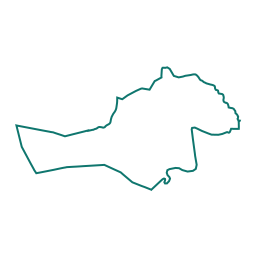 Sharg An Neel, Khartoum, Sudan, rotated 181°
{"feature_id": "16777658B39366456594232", "entity_name": "Sharg An Neel", "entity_type": "district", "adm_level": 2, "iso_a3": "SDN", "parent_name": "Sudan", "parent_adm1": "Khartoum", "projection": "orthographic", "projection_center": [33.17, 15.691], "detail": "fine", "context": "isolated", "style": "outline", "palette": "teal", "viewbox_px": 256, "rotation_deg": 181, "n_neighbors": 0, "source": "geoboundaries", "source_scale": "gbopen_adm2", "svg_char_len": 3037}
<svg xmlns="http://www.w3.org/2000/svg" viewBox="0 0 256 256"><g transform="rotate(181 128 128)"><path d="M239.6,128.6L233.9,107.3L230.5,101.2L224.7,90.8L221.6,85.4L221.4,85.0L221.1,84.4L218.9,81.2L215.0,82.0L201.5,84.9L194.6,86.5L192.3,87.0L190.8,87.3L189.7,87.5L188.5,87.8L177.7,88.6L176.4,88.7L172.9,89.0L151.0,90.7L141.2,86.4L134.5,83.5L131.9,81.3L125.4,76.0L122.7,73.8L113.2,70.2L110.2,69.2L108.1,68.4L106.5,67.8L104.4,67.0L104.1,66.9L103.7,66.8L103.6,66.7L93.6,76.4L92.5,77.4L91.1,78.1L90.1,77.7L90.0,77.1L90.1,76.1L90.7,74.4L90.0,73.2L88.1,73.3L86.0,75.6L85.1,78.1L85.8,79.7L87.6,81.5L88.5,83.9L87.9,86.5L85.8,87.6L79.8,88.9L76.2,88.7L73.0,86.9L67.7,85.5L62.3,86.3L59.5,88.3L58.7,92.4L60.4,101.3L60.7,103.6L62.9,118.0L64.3,127.8L63.9,129.2L61.2,129.6L58.6,128.5L53.9,126.3L47.5,123.9L44.9,123.0L44.2,122.8L43.3,122.8L37.6,122.8L33.6,123.7L30.0,125.2L29.5,125.4L28.9,125.6L28.3,125.5L27.4,125.1L26.9,125.1L26.1,125.8L25.7,126.8L25.3,127.8L24.9,129.0L24.0,129.0L23.3,129.0L22.2,129.0L18.8,129.0L17.2,129.1L17.2,131.4L17.3,133.4L17.3,134.8L17.5,136.5L16.6,136.8L16.4,137.3L17.4,137.4L18.2,138.1L18.6,139.1L18.2,139.8L18.1,141.3L18.4,141.6L18.5,142.2L19.1,143.1L19.4,143.5L19.9,144.0L20.5,144.4L20.8,144.7L20.9,145.9L21.1,146.9L21.7,147.6L22.3,148.5L22.7,149.0L23.9,149.6L25.2,149.8L25.9,149.9L27.7,150.3L27.8,151.0L28.0,151.9L28.4,153.1L28.8,154.0L29.6,154.7L30.0,154.9L30.5,154.8L31.1,155.1L31.5,155.3L31.9,155.4L32.3,155.7L32.7,156.1L33.0,157.0L33.1,157.8L33.0,158.4L32.9,159.0L32.8,159.5L32.8,160.0L32.8,160.5L32.9,161.0L33.1,161.6L33.2,162.0L33.3,162.5L33.6,163.0L34.3,163.4L34.4,163.5L34.5,163.6L37.8,164.1L38.3,165.0L38.5,166.3L38.7,167.0L39.3,167.3L40.9,167.7L41.3,168.4L41.7,169.3L41.7,169.9L41.8,170.4L41.9,170.7L41.9,171.1L42.3,171.6L43.0,172.0L43.9,172.4L45.1,172.7L45.8,172.8L47.1,173.1L48.1,173.4L49.7,173.8L50.4,174.0L51.0,174.3L51.3,174.5L51.8,174.7L53.0,175.2L53.5,175.6L54.0,176.0L54.3,176.3L55.2,176.8L55.6,176.9L56.0,177.0L56.6,177.4L57.0,177.9L57.4,178.5L58.0,179.4L58.3,179.9L59.8,181.6L61.3,182.7L62.9,182.8L64.3,182.6L66.2,182.1L69.1,181.6L71.6,181.2L73.9,180.4L76.2,179.9L78.2,179.5L83.1,180.9L87.3,187.8L89.8,189.3L91.8,188.8L93.4,188.9L94.5,188.8L95.2,187.3L95.5,180.8L95.4,179.1L101.2,175.8L102.1,175.4L107.1,166.7L114.6,167.8L115.8,167.5L120.7,165.2L129.0,160.6L134.2,156.7L134.7,156.8L139.3,158.2L139.3,154.4L139.4,152.7L139.8,149.5L140.1,147.4L140.6,145.8L141.4,144.2L143.0,141.9L144.5,138.9L145.2,136.4L145.6,133.8L145.9,132.9L146.5,132.1L147.5,131.3L148.6,130.8L149.5,130.2L149.9,129.9L150.6,129.3L151.1,128.6L151.5,128.3L152.4,128.0L152.9,127.9L153.5,128.1L154.0,128.2L154.4,128.3L155.3,128.4L156.0,128.5L156.5,128.5L157.2,128.4L158.0,128.0L158.8,127.4L159.1,127.1L159.7,126.8L160.2,126.6L160.7,126.5L161.3,126.3L162.7,125.6L163.2,125.6L164.8,125.2L167.7,124.5L167.7,124.9L172.0,123.7L183.2,120.7L190.9,118.6L195.9,120.2L200.2,121.5L202.9,122.4L204.0,122.5L205.4,122.7L206.4,122.9L208.8,123.3L213.0,124.0L228.7,126.7L238.0,128.3L239.6,128.6Z" fill="none" stroke="#0f766e" stroke-width="2"/></g></svg>